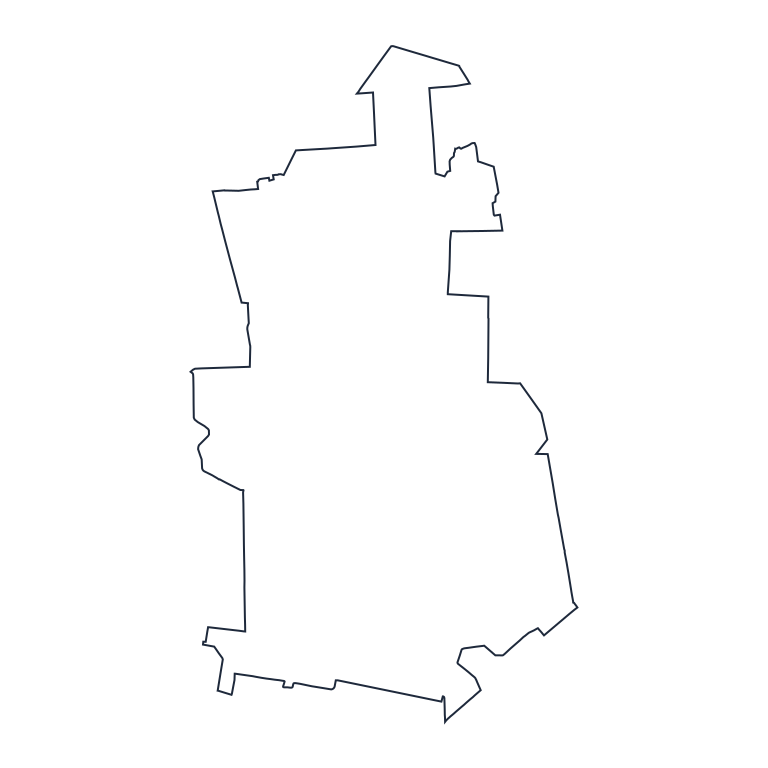 outline of Chirnogeni, Constanta, Romania
{"feature_id": "2599482B22610394630164", "entity_name": "Chirnogeni", "entity_type": "district", "adm_level": 2, "iso_a3": "ROU", "parent_name": "Romania", "parent_adm1": "Constanta", "projection": "orthographic", "projection_center": [28.21, 43.932], "detail": "fine", "context": "isolated", "style": "outline", "palette": "slate", "viewbox_px": 768, "rotation_deg": 0, "n_neighbors": 0, "source": "geoboundaries", "source_scale": "gbopen_adm2", "svg_char_len": 5474}
<svg xmlns="http://www.w3.org/2000/svg" viewBox="0 0 768 768"><path d="M212.7,191.4L214.1,196.8L218.0,213.0L218.8,216.0L220.7,224.0L222.1,229.2L225.4,242.0L229.9,259.0L232.4,268.1L235.0,277.6L237.2,286.1L237.7,287.8L238.7,291.6L241.6,302.6L241.9,302.6L248.0,303.2L248.0,304.0L247.8,304.6L248.1,310.4L248.5,317.9L248.5,318.0L248.8,323.2L248.0,325.1L247.6,326.2L247.4,327.2L247.3,328.1L247.3,329.3L247.7,331.7L250.0,345.0L250.2,345.5L250.3,347.0L250.1,354.7L249.8,366.8L222.5,367.7L201.4,368.4L195.5,368.7L194.8,368.8L192.9,369.8L190.6,371.8L192.7,373.4L193.1,374.4L193.3,377.4L193.5,388.2L193.6,404.0L193.7,410.7L193.8,417.7L194.7,419.6L197.8,422.1L201.0,424.0L204.4,426.0L208.2,429.1L208.9,430.4L209.0,434.5L208.1,436.0L202.5,441.6L199.1,445.0L198.6,446.1L198.3,447.1L198.1,449.2L200.3,455.7L201.6,459.2L201.7,459.8L202.1,468.3L202.6,469.7L203.4,470.7L204.4,471.4L211.9,475.1L217.0,478.1L219.1,479.5L219.6,479.3L222.7,481.0L227.3,483.4L233.8,486.7L240.4,490.0L243.4,490.1L243.5,490.3L243.1,492.2L243.1,493.3L243.2,496.5L243.4,503.7L243.6,519.2L243.7,526.4L243.9,544.3L244.1,555.8L244.3,565.6L244.3,565.8L244.4,570.2L244.5,580.9L244.4,587.2L244.4,587.4L244.8,611.9L244.9,617.7L245.1,624.7L245.2,631.5L243.9,631.4L238.8,630.7L238.7,630.7L209.3,627.3L208.1,627.2L207.3,631.7L205.7,641.8L203.3,641.7L203.0,644.6L205.3,645.0L213.5,646.5L214.2,646.6L216.3,649.6L218.7,653.1L222.3,658.0L222.8,659.4L221.1,669.6L217.7,690.6L217.8,690.6L224.6,692.7L231.5,694.8L231.9,693.7L233.2,686.8L234.5,680.0L234.7,673.7L235.2,673.7L243.6,674.9L252.8,676.2L255.8,676.8L261.4,677.8L266.6,678.6L270.6,679.1L274.8,679.7L279.3,680.2L281.6,680.6L284.1,681.0L284.5,681.3L284.6,681.5L284.4,682.3L283.8,684.3L283.2,686.0L283.1,686.5L283.1,686.8L283.3,687.1L283.5,687.2L284.2,687.3L285.1,687.3L285.6,687.3L286.4,687.3L286.5,687.3L287.2,687.3L290.5,687.7L291.4,687.7L292.0,687.5L292.4,687.2L292.7,686.7L293.0,685.1L293.3,684.1L293.5,683.5L293.8,683.3L294.2,683.1L294.6,683.1L295.6,683.1L296.1,683.2L298.1,683.5L300.0,683.8L312.0,686.3L314.0,686.6L324.5,688.3L331.2,689.4L332.1,689.2L333.1,688.7L333.6,688.3L334.2,687.5L334.6,686.7L335.8,680.3L337.6,680.3L392.2,691.5L430.6,699.4L441.4,701.6L442.8,696.4L443.2,696.4L443.7,696.7L444.1,697.1L444.2,697.6L444.4,698.1L444.4,699.5L444.5,701.9L444.7,709.0L444.8,714.9L445.0,717.7L445.1,721.8L445.8,720.9L446.5,720.1L447.3,719.3L448.3,718.3L449.4,717.4L450.0,716.8L450.8,716.1L452.4,714.8L453.8,713.6L455.7,711.9L457.9,710.0L460.0,708.2L461.5,706.9L464.0,704.8L466.3,702.7L470.2,699.3L472.9,697.1L474.7,695.4L477.1,693.3L480.7,690.2L478.8,685.9L476.7,681.1L476.6,680.7L476.4,680.2L476.2,680.0L476.1,679.7L475.3,678.1L474.8,677.5L473.9,676.7L471.8,675.0L468.8,672.4L464.0,668.5L458.1,663.9L457.5,662.9L457.5,662.3L459.8,655.5L461.6,649.7L462.0,649.2L463.4,648.6L464.5,648.3L468.5,647.8L476.2,646.7L481.2,646.1L483.0,645.9L484.2,645.7L487.0,648.1L495.3,655.3L495.8,655.3L502.4,655.4L503.1,655.2L504.8,653.8L510.5,648.5L519.7,640.5L523.3,637.1L525.1,635.8L526.0,635.1L526.4,634.7L527.1,634.2L527.8,633.6L528.8,632.8L529.4,632.5L530.2,632.1L532.0,631.3L534.1,630.3L535.3,629.6L536.9,628.7L537.9,628.2L538.0,628.3L539.2,629.8L540.5,631.2L541.7,632.6L542.9,634.1L543.4,634.7L544.0,635.4L569.4,613.9L574.5,609.7L577.4,607.5L576.1,605.6L574.7,603.8L574.1,602.9L573.2,602.6L573.1,601.3L572.2,596.4L571.4,591.8L571.0,589.1L570.5,586.1L570.3,584.8L570.1,583.6L569.2,578.0L568.4,573.1L566.6,562.6L564.7,552.5L564.7,550.9L564.6,550.7L564.6,550.2L564.2,549.2L561.7,535.3L560.6,529.2L558.6,517.8L557.9,514.7L555.2,498.7L552.7,483.1L547.7,454.1L542.7,454.0L536.8,453.9L536.2,453.9L538.0,451.6L547.3,439.5L545.1,429.7L541.4,413.3L541.0,412.7L530.6,398.0L520.1,383.3L518.1,383.5L503.0,382.8L487.8,382.2L488.2,358.3L488.3,345.2L488.5,318.5L488.2,317.9L488.4,296.6L447.8,294.2L447.8,292.4L449.4,269.8L449.8,255.9L450.1,241.1L451.2,231.2L458.5,231.2L458.4,231.3L464.9,231.2L482.0,231.0L492.2,230.8L502.4,230.6L501.2,222.6L500.0,214.7L494.5,215.6L493.8,214.7L492.8,206.1L492.6,203.2L495.4,201.6L495.6,196.2L498.5,192.8L497.2,185.0L493.7,166.7L488.7,165.0L481.0,162.3L478.0,161.4L476.2,147.1L475.4,144.8L474.9,143.6L474.6,143.0L472.7,143.1L471.4,143.5L469.9,144.6L467.5,145.9L462.4,148.0L461.4,148.7L460.9,148.7L460.2,148.3L459.3,147.4L458.4,147.6L456.5,148.7L455.7,148.9L455.2,148.7L454.9,150.7L454.6,152.1L454.0,153.1L453.9,155.9L453.4,156.8L451.8,157.9L450.2,159.6L449.6,161.3L449.7,164.6L450.2,170.9L447.4,171.7L444.6,176.4L440.1,175.0L435.6,173.6L435.4,172.5L433.7,145.0L433.2,137.3L430.6,105.9L430.0,97.6L429.3,88.1L438.7,87.3L450.7,86.5L456.5,85.9L463.6,84.6L466.0,84.2L469.8,83.6L468.5,81.5L467.7,79.9L464.7,75.1L462.1,71.0L459.4,66.7L459.3,66.4L459.2,65.9L458.8,65.7L448.0,62.5L438.0,59.5L432.9,58.0L426.3,56.0L420.9,54.4L415.5,52.8L404.1,49.4L393.4,46.2L392.2,46.1L391.1,46.3L384.0,56.0L377.2,65.4L368.5,77.5L367.4,79.0L366.0,80.9L361.1,87.7L360.1,89.1L359.5,90.1L359.0,90.9L358.2,92.1L357.3,93.1L356.9,93.6L361.9,93.3L368.9,92.8L373.0,92.5L374.1,114.9L374.1,115.1L374.6,125.9L375.5,145.0L356.3,146.6L350.5,147.0L333.0,148.2L332.9,148.2L327.4,148.6L316.7,149.2L306.1,149.8L295.9,150.4L291.3,159.6L288.4,165.5L283.7,175.0L281.7,174.5L280.9,174.2L278.6,174.3L277.8,174.8L275.3,174.9L273.0,175.2L273.7,179.4L269.4,180.7L268.8,177.8L263.7,178.5L259.9,179.1L258.5,180.1L258.0,181.5L257.2,181.7L258.1,189.0L254.5,189.3L250.8,189.5L245.9,190.0L238.7,190.8L230.6,190.6L224.6,190.5L224.5,190.3L221.5,190.6L212.9,191.4L212.7,191.4Z" fill="none" stroke="#1e293b" stroke-width="2"/></svg>